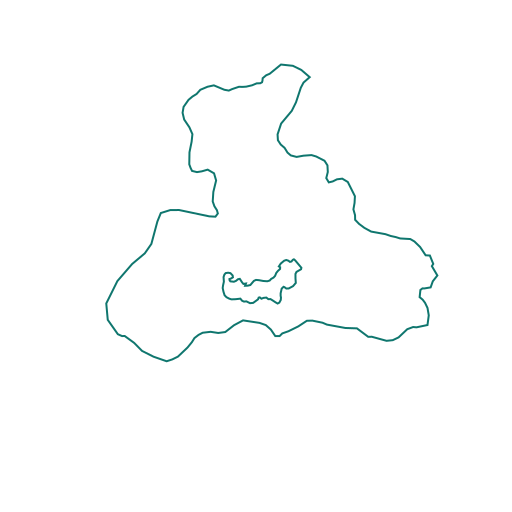 Sana'a, Natural Earth projection, rotated 230°
{"feature_id": "YEM-3496", "entity_name": "Sana'a", "entity_type": "Governorate", "adm_level": 1, "iso_a3": "YEM", "parent_name": "Yemen", "parent_adm1": "", "projection": "natural_earth1", "projection_center": [44.362, 15.407], "detail": "fine", "context": "isolated", "style": "outline", "palette": "teal", "viewbox_px": 512, "rotation_deg": 230, "n_neighbors": 0, "source": "natural_earth", "source_scale": "10m", "svg_char_len": 3102}
<svg xmlns="http://www.w3.org/2000/svg" viewBox="0 0 512 512"><g transform="rotate(230 256 256)"><path d="M284.9,99.9L302.4,101.4L315.9,110.8L325.9,133.7L329.5,156.0L329.5,172.5L332.5,183.6L345.8,202.6L350.1,210.7L346.3,219.8L340.7,226.6L316.4,245.7L312.2,250.2L313.1,254.1L316.2,255.5L320.8,256.1L325.6,257.9L332.5,264.5L339.5,274.0L346.3,277.0L353.2,274.5L355.7,268.9L358.2,264.7L362.3,261.7L365.5,262.5L369.1,263.8L378.2,271.7L384.9,280.1L390.2,285.6L397.4,287.7L406.7,288.7L412.9,291.8L416.8,296.4L419.0,304.7L419.0,309.8L418.3,314.6L419.1,320.2L416.8,327.7L413.8,333.4L403.7,338.6L400.2,341.5L399.2,345.0L396.6,351.7L394.1,354.5L392.0,357.4L389.3,362.7L387.8,367.5L385.6,370.3L385.2,372.3L386.2,373.7L387.9,375.4L387.9,380.0L386.8,383.6L386.6,398.2L378.0,406.5L369.4,410.3L358.5,412.1L358.3,403.9L356.1,398.5L348.0,385.4L344.2,376.7L341.3,360.4L335.3,350.7L330.6,347.2L325.5,346.6L320.4,347.4L315.0,346.6L310.7,347.3L305.8,350.8L302.3,356.9L297.6,363.4L293.5,366.1L284.9,369.7L279.5,369.0L274.2,365.0L270.5,359.9L265.6,359.1L263.8,362.7L262.7,367.3L259.8,371.8L253.7,373.9L238.2,370.2L233.3,365.6L229.1,360.6L223.6,358.1L220.0,355.2L214.3,355.6L207.9,357.1L200.7,359.9L189.5,369.2L184.7,372.1L180.7,375.2L176.8,377.7L169.8,385.1L165.3,386.7L157.4,387.5L147.5,386.4L144.6,389.5L136.0,386.7L135.2,384.2L124.5,382.4L123.0,375.2L119.7,369.6L123.0,364.0L124.2,362.7L124.3,360.1L119.3,354.9L115.4,355.6L111.5,355.4L106.0,354.0L99.5,350.2L92.9,343.0L98.2,333.1L100.6,330.7L102.7,324.8L102.0,312.9L103.6,306.7L107.1,301.5L119.7,292.8L122.0,290.0L135.7,286.8L143.4,278.2L157.9,266.2L162.1,264.1L170.3,257.6L173.7,253.3L174.9,243.1L177.5,232.5L179.8,226.4L179.5,222.6L182.3,219.3L190.1,220.1L196.8,219.1L202.5,215.7L215.0,204.7L217.1,194.7L217.5,183.6L221.3,177.6L227.1,172.5L231.5,165.8L232.5,161.3L232.7,156.1L231.2,151.5L229.9,144.7L229.1,131.5L230.6,125.4L232.8,119.9L244.7,112.8L256.5,107.7L267.8,106.8L279.1,104.0L280.8,101.9L284.9,99.9ZM256.1,225.6L259.3,225.4L261.1,223.9L262.4,221.8L262.1,219.9L260.7,217.6L257.0,214.9L254.6,211.8L252.9,209.9L249.5,208.1L246.1,206.7L243.4,206.9L240.5,208.1L238.6,209.3L236.1,212.5L234.3,215.2L233.4,216.6L230.6,216.6L228.8,217.5L227.4,219.5L223.7,221.1L221.9,223.7L221.5,229.7L222.4,231.3L221.9,232.3L219.8,232.7L219.1,234.8L217.5,237.2L215.0,237.7L213.7,239.4L211.6,240.1L207.9,241.2L205.7,242.0L205.3,243.9L206.4,246.7L208.1,248.4L209.7,249.3L211.6,250.9L214.5,254.7L214.7,257.3L213.8,257.8L211.6,258.3L210.1,260.2L209.1,265.0L209.8,269.2L213.4,271.8L216.9,274.7L217.8,276.8L216.9,282.0L217.8,283.2L223.4,283.2L227.5,283.2L229.1,282.9L229.4,281.8L229.0,279.6L229.7,278.2L231.6,277.8L233.5,276.6L234.3,274.5L234.3,270.1L233.3,266.8L231.9,267.3L230.6,266.1L230.5,263.3L230.0,260.7L228.5,257.8L228.2,255.5L228.7,252.9L228.4,250.7L229.4,248.4L232.2,245.5L235.6,242.7L237.7,240.6L238.3,238.4L238.0,236.5L237.4,233.0L238.6,230.6L240.2,228.5L241.4,230.6L242.7,228.4L244.8,228.4L248.9,228.9L249.8,227.3L249.8,224.7L250.5,222.5L251.8,221.3L253.0,220.1L254.2,220.1L255.4,220.8L254.8,222.5L254.5,224.6L256.1,225.6Z" fill="none" stroke="#0f766e" stroke-width="2"/></g></svg>